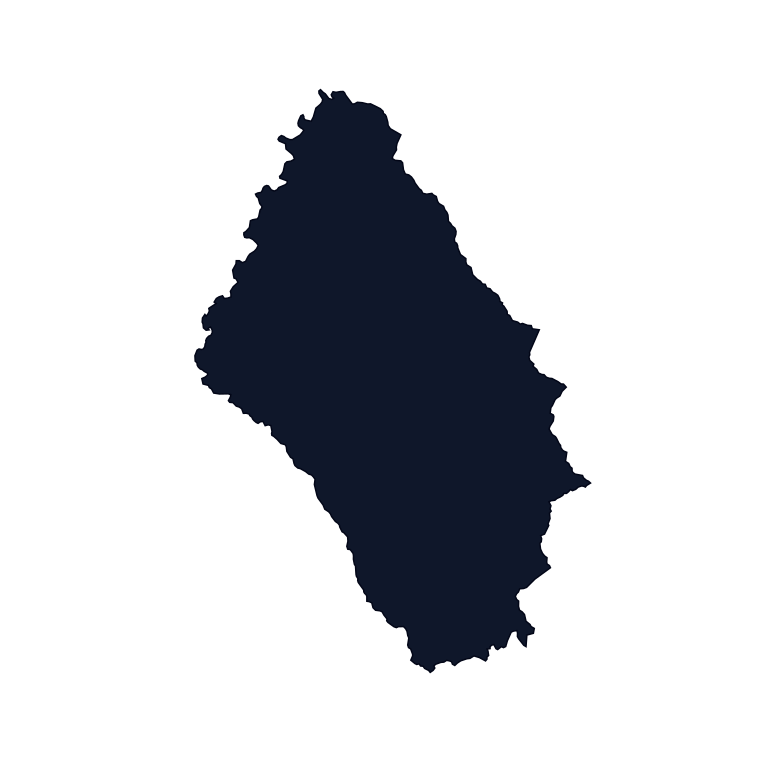 Quaraí, Rio Grande do Sul, Brazil, rotated 68°
{"feature_id": "56859067B66093253937980", "entity_name": "Quaraí", "entity_type": "district", "adm_level": 2, "iso_a3": "BRA", "parent_name": "Brazil", "parent_adm1": "Rio Grande do Sul", "projection": "robinson", "projection_center": [-56.156, -30.292], "detail": "fine", "context": "isolated", "style": "filled", "palette": "ink", "viewbox_px": 768, "rotation_deg": 68, "n_neighbors": 0, "source": "geoboundaries", "source_scale": "gbopen_adm2", "svg_char_len": 6143}
<svg xmlns="http://www.w3.org/2000/svg" viewBox="0 0 768 768"><g transform="rotate(68 384 384)"><path d="M391.9,219.7L388.4,225.8L385.0,225.6L383.3,229.0L379.7,232.9L379.5,235.3L376.7,236.8L373.3,241.2L367.5,241.8L365.7,243.6L362.6,242.6L356.7,243.7L354.8,244.8L353.2,243.7L351.0,245.5L348.2,244.9L344.4,245.2L341.9,246.7L339.3,248.9L335.4,250.0L333.4,252.8L329.5,252.8L328.1,255.3L324.8,256.1L322.1,258.2L315.9,260.8L308.6,259.7L304.5,262.6L301.5,262.4L298.4,261.1L292.6,264.6L285.5,264.6L283.3,263.9L280.8,263.9L278.8,265.2L275.7,264.4L272.3,261.4L269.5,260.0L266.1,259.9L262.8,261.7L260.1,262.1L257.3,263.3L251.3,261.4L248.5,261.4L245.3,262.3L241.5,262.2L237.3,265.4L234.7,265.9L229.7,265.3L227.1,267.5L225.2,268.2L224.0,273.3L221.7,276.6L218.4,276.8L216.1,278.2L209.4,279.9L206.2,280.0L202.3,281.0L199.4,282.7L197.3,285.6L192.7,285.7L185.8,283.9L183.4,284.8L180.7,290.0L178.0,291.8L175.8,290.3L171.6,284.7L168.9,283.8L165.7,281.7L159.3,275.0L149.7,282.5L145.8,283.3L142.7,282.4L136.8,281.7L134.7,282.0L132.9,283.2L130.8,282.7L127.3,284.3L119.2,291.5L118.3,294.2L115.0,298.8L112.8,303.2L113.2,306.3L112.6,308.5L101.9,311.3L99.0,311.5L97.5,312.3L96.6,314.6L95.6,319.2L93.9,321.8L96.1,324.6L98.3,324.6L100.1,323.5L100.6,325.8L98.6,328.2L93.0,329.7L90.7,331.2L87.3,332.6L87.9,334.6L90.2,335.4L97.1,334.2L99.4,335.8L100.9,338.4L102.7,343.8L110.0,349.5L113.1,353.1L109.6,358.2L107.5,358.7L105.9,358.1L104.0,358.3L104.2,360.7L107.8,364.5L110.0,366.1L112.5,366.6L115.0,365.5L117.0,363.9L118.9,363.4L121.7,368.4L123.1,377.3L122.1,379.8L119.1,382.9L117.0,384.1L115.2,386.1L115.9,388.9L117.4,390.6L119.6,390.1L124.3,385.3L129.4,386.8L135.6,383.5L138.2,382.5L142.0,382.8L142.5,386.8L141.6,390.8L142.7,393.4L149.2,397.8L151.4,400.5L152.3,403.0L154.2,403.4L159.5,397.6L161.7,398.8L162.3,401.1L162.4,408.0L163.9,410.4L164.0,413.5L161.8,415.8L157.1,416.9L156.0,418.4L156.0,420.9L157.1,422.8L158.8,424.2L160.3,426.1L159.6,429.6L159.8,432.0L162.4,431.9L164.2,430.9L170.2,431.6L173.7,430.6L175.4,431.8L176.3,433.7L182.1,437.6L183.5,439.5L182.5,444.4L182.6,446.7L188.5,450.2L190.9,455.1L191.2,457.2L193.2,458.1L195.8,458.2L197.1,456.5L197.9,454.0L200.9,451.4L205.6,449.3L208.4,448.7L210.9,451.5L212.3,454.4L213.3,459.8L214.8,462.2L218.5,466.4L218.4,469.9L215.5,471.9L214.3,474.8L217.3,476.3L221.7,481.7L229.6,483.4L231.0,481.8L235.1,481.2L237.3,487.3L240.5,491.7L243.0,492.1L246.0,493.3L245.8,496.8L244.9,500.0L241.7,500.7L241.4,504.3L241.9,507.4L244.4,510.8L246.5,509.5L248.2,518.1L250.9,518.6L253.0,520.8L254.5,523.5L252.4,524.0L254.8,527.6L258.5,529.4L260.4,529.3L264.3,530.4L267.5,528.8L268.3,525.9L266.6,526.5L266.1,523.5L269.4,523.1L271.8,523.8L274.0,526.2L274.0,528.7L275.3,531.4L277.0,533.0L278.7,533.4L280.0,534.9L282.2,536.1L283.9,538.4L283.6,540.4L282.2,542.4L282.6,544.6L286.9,548.7L292.1,550.5L294.2,549.5L296.8,550.1L298.9,549.8L301.3,548.7L302.7,547.1L304.9,546.0L307.9,543.5L309.7,544.3L310.6,547.2L310.7,550.9L316.2,551.8L319.5,547.3L321.9,547.3L323.9,545.8L328.6,545.3L331.6,540.3L334.7,532.2L336.4,530.0L338.5,531.3L341.2,534.5L343.2,533.9L344.7,531.0L349.1,529.3L351.2,526.8L353.6,525.2L358.5,525.4L359.5,522.7L361.2,520.4L363.1,520.2L365.3,518.9L367.2,518.9L369.1,518.3L371.8,516.9L373.3,515.5L372.7,512.8L373.4,510.2L378.1,509.8L378.5,506.6L380.1,504.5L386.0,505.6L387.8,506.8L389.6,507.2L391.1,505.9L395.3,503.8L400.5,501.9L403.3,498.3L405.5,498.1L410.1,499.3L416.9,498.1L419.3,496.4L424.1,497.2L426.3,497.1L429.6,495.4L431.1,493.3L435.8,489.5L439.4,487.5L441.1,485.3L443.6,484.3L446.5,483.6L451.1,486.2L462.4,487.9L465.1,487.9L473.3,485.8L477.9,485.8L481.8,483.1L484.3,482.3L487.3,482.2L493.2,480.6L495.8,478.9L498.1,478.2L500.0,478.6L505.3,478.2L506.9,476.9L512.1,475.0L516.2,476.3L520.6,479.3L523.6,479.5L524.9,477.3L529.6,476.1L532.0,476.7L535.0,478.0L540.1,479.0L542.1,478.6L550.2,481.3L552.1,481.6L554.7,481.1L556.3,482.0L558.4,482.2L567.3,480.0L569.2,480.6L570.9,480.4L572.6,479.5L574.6,479.5L579.0,481.3L580.2,479.3L582.3,477.3L587.3,478.0L590.6,476.6L592.8,472.7L594.4,471.1L598.4,470.6L603.0,469.2L604.5,470.2L606.6,469.6L612.8,465.7L614.5,463.8L614.4,461.6L616.2,456.8L619.0,455.6L622.0,455.3L626.2,456.2L628.7,456.1L634.9,459.8L637.6,460.0L639.6,458.5L645.2,458.7L646.8,459.3L650.1,462.6L654.7,460.1L656.3,458.7L656.7,456.2L659.1,455.8L660.4,453.4L662.9,452.9L666.3,449.9L668.7,449.2L667.9,445.7L666.4,443.3L664.0,443.4L663.2,440.9L663.4,435.6L664.3,432.6L663.7,429.5L665.2,427.1L666.8,425.4L669.4,425.5L671.5,423.8L670.2,420.5L669.4,416.6L669.8,410.1L670.6,407.1L669.8,402.5L673.4,398.0L678.8,393.6L677.7,391.6L675.8,390.9L674.9,388.7L670.5,387.6L668.4,387.8L669.1,384.8L667.4,384.1L666.5,382.2L666.7,379.8L671.4,379.3L672.8,378.1L671.5,373.5L673.2,372.0L673.0,369.5L668.2,365.7L661.7,359.0L661.6,356.4L662.4,353.2L664.7,353.4L668.1,354.9L670.6,354.6L678.6,352.3L680.7,350.7L670.3,345.6L671.1,338.9L666.9,336.2L664.0,338.5L661.7,338.7L657.1,341.2L650.4,340.1L647.1,341.2L644.4,343.1L640.6,342.6L635.7,340.5L633.5,341.7L630.1,341.8L628.1,339.5L627.2,337.3L624.7,334.9L625.9,331.2L626.0,328.0L621.4,317.1L616.7,298.5L614.3,298.6L612.1,300.2L610.1,299.9L606.1,297.9L603.6,299.5L600.3,300.5L595.7,300.7L590.1,299.2L589.2,297.3L586.5,295.8L583.3,295.6L583.3,291.4L576.8,284.2L575.1,284.3L571.0,280.5L565.6,278.9L564.5,276.6L562.1,276.9L559.4,274.8L555.0,275.2L554.8,272.9L555.8,269.1L554.9,266.5L554.8,263.2L554.2,259.9L552.8,258.4L553.8,255.7L553.0,253.2L551.7,250.7L553.5,249.2L553.5,245.7L552.3,242.5L552.6,238.8L553.7,237.1L555.0,235.9L554.0,234.2L553.2,229.6L550.7,230.8L549.1,232.4L545.7,234.2L543.2,234.2L539.1,240.6L536.7,242.1L534.9,242.1L532.5,241.2L530.4,242.4L526.9,242.5L523.7,244.7L515.8,240.1L513.7,242.3L512.1,243.3L509.1,243.9L507.0,243.3L504.7,244.0L498.8,244.4L497.0,244.8L493.9,247.0L487.6,247.8L485.5,246.1L481.7,240.9L477.8,238.7L476.1,238.6L473.4,240.9L468.4,238.1L467.1,236.0L462.6,231.2L461.8,229.4L461.0,225.4L457.5,221.6L455.2,216.2L451.3,217.6L450.3,219.8L447.3,221.6L441.8,226.2L440.6,228.6L438.6,230.9L435.3,232.1L434.3,234.1L431.7,236.6L427.7,236.9L423.3,239.2L421.7,237.6L416.7,240.0L413.1,239.5L411.6,237.9L409.1,237.2L391.9,219.7Z" fill="#0f172a" stroke="#020617" stroke-width="1.5"/></g></svg>